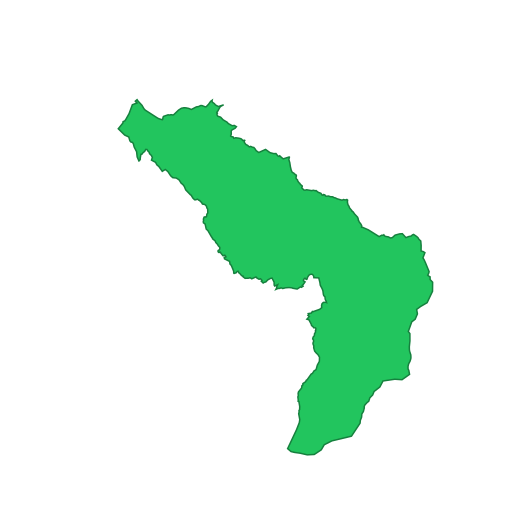 Garda De Sus, Alba, Romania, rotated 312°
{"feature_id": "2599482B31586806671265", "entity_name": "Garda De Sus", "entity_type": "district", "adm_level": 2, "iso_a3": "ROU", "parent_name": "Romania", "parent_adm1": "Alba", "projection": "mercator", "projection_center": [22.809, 46.492], "detail": "fine", "context": "isolated", "style": "filled", "palette": "green", "viewbox_px": 512, "rotation_deg": 312, "n_neighbors": 0, "source": "geoboundaries", "source_scale": "gbopen_adm2", "svg_char_len": 6139}
<svg xmlns="http://www.w3.org/2000/svg" viewBox="0 0 512 512"><g transform="rotate(312 256 256)"><path d="M335.8,414.4L347.9,410.8L354.7,404.8L355.0,401.2L357.0,399.3L356.7,398.1L356.6,396.5L358.9,395.8L360.2,395.1L364.3,386.6L365.7,383.4L366.3,381.3L371.5,379.3L371.2,377.4L370.2,375.3L374.3,371.7L377.4,368.4L377.4,366.0L378.0,364.1L378.0,362.3L377.5,358.7L376.3,358.1L374.7,358.0L372.7,356.5L370.0,355.1L370.5,349.8L368.5,347.9L364.6,345.4L360.8,345.0L359.3,343.8L358.8,341.6L357.2,339.1L357.0,338.0L357.3,336.8L356.5,336.7L355.7,335.6L352.8,334.5L350.6,322.0L348.5,315.6L348.0,315.2L349.3,314.2L350.0,312.2L350.4,309.7L350.9,309.0L351.0,308.1L351.8,307.4L352.8,305.6L353.2,301.0L353.8,298.7L353.5,297.5L353.8,297.2L354.3,293.5L355.2,291.7L355.8,289.6L356.6,288.8L357.1,287.9L358.8,286.7L358.8,285.7L358.0,285.4L357.0,284.3L356.6,283.3L355.4,282.8L354.9,282.3L352.7,277.8L352.4,276.4L351.4,274.5L351.4,273.5L349.7,271.4L349.2,269.9L347.7,268.5L347.1,267.5L347.5,266.2L346.8,265.0L346.2,265.2L345.5,264.5L346.0,262.2L345.0,259.7L344.8,256.8L344.3,256.6L343.2,254.6L341.8,253.6L339.1,249.3L337.7,248.4L337.1,247.4L337.3,244.3L338.7,243.8L339.0,243.4L338.9,241.0L339.3,240.0L339.2,239.1L339.6,237.0L340.3,235.9L340.3,234.2L341.1,233.2L342.6,232.4L343.1,231.7L342.7,230.9L342.9,230.1L342.7,229.4L342.9,228.7L342.4,227.0L343.3,224.8L345.3,221.9L348.0,218.6L349.7,215.8L351.8,214.7L351.8,214.4L346.4,211.2L346.3,208.4L346.4,207.4L346.3,206.5L345.4,206.5L345.0,205.1L345.5,202.3L343.9,200.6L342.2,197.3L341.6,191.8L334.8,188.8L334.4,185.6L335.0,183.6L335.2,181.7L334.5,180.7L333.9,178.7L332.6,178.0L332.6,175.6L332.1,174.0L332.3,172.6L332.8,171.0L333.1,170.6L334.4,170.3L334.4,170.1L332.9,168.7L333.2,167.7L333.1,166.3L332.0,164.3L330.3,161.8L328.6,160.7L329.2,159.4L328.1,157.3L328.2,156.8L330.0,156.1L332.1,154.1L332.7,153.8L333.9,153.9L336.9,155.0L339.0,154.9L338.5,152.5L336.9,151.2L335.9,146.8L336.1,145.0L335.2,140.4L335.5,136.8L334.3,134.0L334.6,133.1L335.4,131.8L336.2,131.8L336.5,130.7L337.8,130.7L342.6,129.6L344.0,129.8L346.7,130.8L341.9,128.0L341.1,124.7L341.4,123.2L341.1,120.7L341.7,119.6L342.4,119.2L340.6,118.8L337.2,119.2L333.6,119.1L332.9,118.5L331.6,115.1L330.8,114.2L328.6,113.3L326.9,111.9L321.6,109.9L320.7,107.3L319.1,104.6L317.9,103.2L315.9,101.7L312.6,100.8L305.9,100.3L305.2,99.9L304.2,98.3L302.9,97.4L302.1,96.2L298.0,93.9L297.3,93.9L294.9,95.3L294.6,95.2L293.3,92.6L292.7,90.9L290.3,76.1L290.5,74.1L291.7,70.4L292.2,64.7L292.6,63.0L290.3,62.7L290.1,65.2L285.7,62.9L276.9,66.4L270.7,67.8L268.6,68.1L266.9,67.3L265.8,68.1L258.4,68.5L258.0,77.5L259.3,81.8L257.2,85.2L257.0,86.8L257.7,88.0L257.5,89.5L255.5,92.5L253.6,97.5L250.1,101.4L248.3,105.4L249.0,105.6L250.6,105.2L251.1,104.6L254.6,102.4L255.3,103.1L257.2,102.9L259.2,103.3L261.4,102.7L262.2,103.7L261.6,105.8L261.6,107.4L260.8,108.3L260.7,111.0L259.9,113.0L257.3,114.2L258.4,118.7L257.4,121.3L257.5,123.9L256.2,129.7L259.6,130.7L259.8,133.9L258.5,138.9L258.5,141.7L260.6,144.6L261.1,147.9L260.0,151.8L260.2,153.7L259.7,156.2L258.1,159.5L257.6,166.4L257.8,167.1L256.8,170.3L256.7,172.4L256.8,173.0L257.6,173.7L259.0,174.4L259.2,174.9L259.1,175.9L259.6,176.9L259.3,178.1L259.4,179.6L258.8,181.3L259.0,182.0L259.7,182.7L260.1,184.3L259.8,185.9L258.8,187.4L258.6,188.6L255.7,191.4L254.2,191.5L252.1,192.9L251.2,192.5L251.1,192.0L250.2,191.4L248.2,192.2L247.5,193.2L246.5,193.6L245.5,194.7L245.7,196.8L242.7,201.0L242.7,203.2L240.4,210.2L240.3,211.3L239.7,212.2L239.9,215.5L239.1,217.2L238.9,219.6L238.4,221.0L238.2,223.3L237.0,224.4L236.0,224.6L234.8,224.2L234.2,224.5L233.8,225.0L233.7,225.9L234.0,226.3L234.9,226.5L234.1,231.2L235.7,232.3L235.5,233.9L235.0,234.3L233.7,233.3L232.8,234.5L234.3,240.0L232.6,242.1L232.5,243.8L231.9,245.2L229.8,249.5L228.4,250.9L228.4,251.4L230.3,252.5L231.8,252.3L232.7,252.9L232.0,254.5L232.2,255.9L231.9,257.0L231.9,259.2L232.4,260.0L231.9,260.3L232.1,262.8L234.7,265.5L235.9,266.1L236.2,268.1L240.2,269.9L240.5,270.4L240.2,271.2L240.5,272.4L240.5,273.2L241.1,274.1L242.1,274.6L241.9,276.8L240.8,276.8L240.7,279.4L241.8,279.7L243.4,280.7L246.0,280.7L249.1,281.8L250.3,282.7L248.7,286.9L246.5,289.0L246.2,290.0L249.2,291.3L247.3,291.9L246.0,292.7L244.5,293.1L246.5,294.0L247.8,295.3L248.9,295.8L249.3,296.2L249.7,297.6L252.1,299.2L254.7,301.7L256.3,303.9L256.7,305.0L259.0,308.7L262.8,309.7L263.1,310.7L265.0,311.2L265.1,310.0L266.1,310.2L269.6,309.8L269.3,307.9L269.8,307.4L271.8,307.0L272.3,307.3L272.2,309.0L272.7,309.4L275.2,308.4L277.2,308.2L278.2,308.4L279.4,309.2L280.0,310.1L280.0,311.3L279.4,312.7L278.6,313.5L281.7,317.3L279.0,321.3L277.3,323.3L275.9,327.1L274.9,329.0L272.5,331.8L271.9,332.9L271.8,334.6L270.3,336.2L269.7,337.3L269.5,338.3L268.6,339.6L268.4,338.9L266.6,337.1L264.7,337.0L263.0,337.9L261.6,339.4L259.0,339.0L252.7,335.6L252.5,335.0L250.6,335.3L248.2,333.4L248.0,334.2L246.6,334.3L246.7,336.1L243.1,336.1L244.0,338.0L242.3,342.6L241.5,343.8L241.6,345.6L241.3,347.0L242.4,348.2L242.3,348.9L240.8,350.1L240.2,350.1L239.4,351.1L237.1,351.6L236.7,352.1L235.6,352.7L234.0,352.7L232.3,353.6L232.0,355.0L230.8,356.2L230.2,356.2L229.2,356.8L228.5,357.7L227.9,359.1L226.4,360.3L224.6,363.2L224.2,365.8L224.2,367.9L223.3,370.9L220.1,373.6L215.9,374.6L211.9,376.6L210.9,376.5L209.6,376.0L206.5,376.5L205.2,376.0L198.3,376.8L197.3,376.5L195.8,377.0L192.6,376.2L191.6,377.1L190.3,376.9L188.5,378.2L183.4,378.5L182.0,379.3L180.6,380.8L179.3,381.4L177.2,383.8L176.2,384.5L176.5,385.3L173.4,389.2L171.0,391.2L170.0,391.3L168.8,392.5L167.4,393.2L163.7,398.0L161.1,399.7L153.9,402.4L134.0,408.4L134.1,412.9L135.9,416.2L138.9,420.6L142.5,427.1L147.5,432.1L155.6,434.2L161.4,433.0L169.4,436.1L186.0,447.5L201.4,445.2L203.7,443.5L206.9,442.3L209.5,440.3L212.2,439.9L215.6,438.1L216.4,437.2L218.1,436.6L221.6,436.6L223.4,437.0L226.8,435.5L230.8,435.7L234.3,434.4L241.5,435.7L248.1,434.0L257.3,441.6L261.8,447.3L270.8,449.3L273.3,446.0L273.8,444.6L275.6,442.9L278.0,441.6L280.8,440.9L283.2,439.8L284.4,438.9L286.1,437.2L288.0,433.9L289.1,432.6L291.1,430.7L295.9,427.2L301.3,422.3L301.8,419.7L311.3,415.8L315.5,416.6L321.0,414.7L323.8,411.1L328.6,412.1L335.8,414.4Z" fill="#22c55e" stroke="#15803d" stroke-width="1.5"/></g></svg>